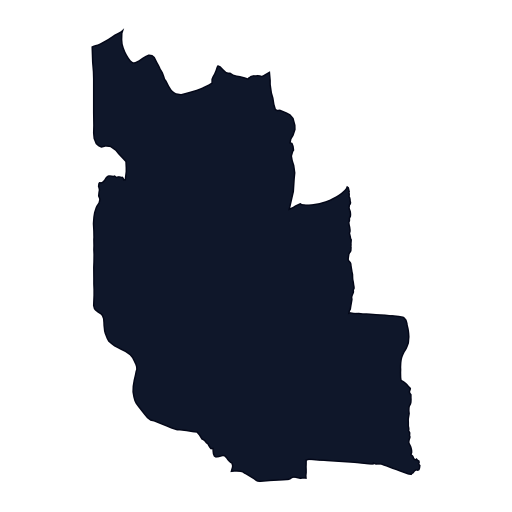 Banteay Meas, Kâmpôt, Cambodia (Robinson projection)
{"feature_id": "14789045B96186957930453", "entity_name": "Banteay Meas", "entity_type": "district", "adm_level": 2, "iso_a3": "KHM", "parent_name": "Cambodia", "parent_adm1": "Kâmpôt", "projection": "robinson", "projection_center": [104.619, 10.653], "detail": "fine", "context": "isolated", "style": "filled", "palette": "ink", "viewbox_px": 512, "rotation_deg": 0, "n_neighbors": 0, "source": "geoboundaries", "source_scale": "gbopen_adm2", "svg_char_len": 5984}
<svg xmlns="http://www.w3.org/2000/svg" viewBox="0 0 512 512"><path d="M122.6,30.7L121.4,31.8L118.3,33.5L114.9,35.2L111.9,37.3L107.7,40.0L103.2,42.5L100.3,44.1L98.1,45.1L95.7,45.7L93.8,46.3L92.2,47.0L92.7,62.0L93.5,71.8L93.7,79.0L93.7,112.7L93.9,125.7L93.7,132.9L94.2,138.4L96.3,143.6L98.7,145.7L101.4,147.0L105.6,145.9L110.5,146.4L115.9,150.2L118.7,153.7L126.0,161.5L126.3,167.8L126.3,171.7L125.3,179.8L123.7,179.9L123.2,178.5L122.4,177.4L121.4,177.5L120.0,177.1L118.8,176.9L117.6,177.1L116.6,177.5L115.8,177.1L114.6,176.1L113.4,176.5L109.9,176.0L108.3,176.1L107.0,177.0L106.0,178.1L104.7,180.3L103.7,181.3L102.9,182.1L102.1,182.7L101.0,182.9L99.5,182.8L98.9,183.9L98.8,185.0L98.6,186.3L99.0,187.6L99.4,189.3L99.4,190.6L99.1,192.1L98.7,195.9L99.7,198.4L99.9,199.7L99.1,203.0L96.9,206.3L96.2,207.9L94.7,212.6L94.0,216.9L93.6,221.9L93.5,223.7L93.9,231.0L94.0,237.2L93.9,239.6L94.0,245.7L93.9,249.7L94.1,254.6L94.0,262.0L93.8,267.6L93.9,278.1L93.9,283.9L94.1,289.6L94.1,295.4L93.7,305.5L94.5,308.6L95.5,309.9L98.1,312.0L101.0,313.8L102.5,315.5L103.7,318.7L104.0,322.5L104.1,325.3L104.7,330.9L105.3,333.2L107.3,338.3L108.8,341.1L111.6,343.5L114.6,345.8L118.3,347.7L120.9,349.1L125.6,351.4L130.3,354.7L132.7,357.6L134.2,360.6L136.0,364.4L136.7,366.7L136.9,369.4L136.2,371.5L135.5,375.1L134.3,380.2L133.3,386.2L133.1,391.9L134.0,397.0L135.0,400.6L136.3,403.3L139.1,407.1L144.6,414.1L147.5,417.6L150.8,420.1L154.2,420.8L158.6,422.6L162.3,424.1L166.8,425.9L171.5,427.9L177.1,429.7L179.7,429.7L186.5,430.5L193.0,431.6L197.0,432.0L199.5,434.9L202.0,439.0L203.4,439.6L205.0,440.9L206.4,442.7L208.2,444.1L208.7,445.3L209.8,447.1L211.0,448.6L213.0,448.5L213.2,451.4L213.5,453.8L214.4,456.0L215.9,456.9L218.5,456.6L222.5,455.5L224.4,455.6L225.2,456.3L226.7,457.8L228.0,459.7L229.2,461.0L230.6,462.3L232.0,463.1L232.7,465.8L232.5,467.4L231.7,470.2L231.4,471.3L234.1,471.0L237.0,471.0L240.2,471.2L242.6,471.7L244.6,473.1L246.1,473.8L254.3,478.8L256.3,480.4L257.6,481.0L259.9,481.3L270.7,480.4L282.4,479.8L288.3,479.4L290.0,478.8L291.4,477.8L292.9,477.1L295.2,477.1L296.4,477.4L300.5,478.3L302.2,478.0L304.8,478.0L306.0,478.1L305.8,475.6L306.1,472.7L306.1,469.8L306.0,466.7L306.1,464.1L306.1,461.7L306.2,460.0L308.8,459.3L311.9,459.4L319.4,460.1L323.4,460.2L327.1,460.5L353.6,462.2L358.1,462.6L361.4,463.0L364.7,463.3L367.2,463.6L370.7,463.9L373.1,463.9L373.3,463.0L375.9,464.0L378.2,463.9L380.7,463.9L382.0,464.2L383.9,465.0L386.5,465.8L392.5,468.2L396.5,469.5L399.8,470.8L408.3,473.9L411.2,474.3L411.9,473.4L413.1,472.7L414.0,471.4L414.9,470.5L416.4,469.8L417.7,470.2L418.8,469.7L419.3,468.6L419.6,467.3L419.8,465.5L419.2,464.9L418.6,463.8L419.1,462.5L418.9,461.1L417.5,460.3L416.5,459.1L415.9,459.7L414.8,459.6L413.6,458.5L413.2,457.2L412.5,456.0L411.5,455.2L410.9,454.4L411.6,452.6L411.6,450.9L411.4,449.5L410.9,447.5L410.5,446.4L409.8,445.0L408.8,443.0L408.8,441.2L409.3,439.1L409.8,437.7L409.9,436.8L409.5,435.6L409.7,432.9L408.5,430.5L408.8,429.2L408.6,427.5L408.3,426.1L408.3,422.5L408.2,419.9L408.3,418.4L409.1,413.6L408.8,410.7L408.9,407.9L409.2,406.2L410.4,404.0L410.8,402.5L410.9,401.5L411.0,399.2L410.9,398.0L410.9,394.7L410.2,393.8L409.5,392.6L409.4,391.5L410.1,389.6L410.3,388.4L408.3,386.4L407.0,384.8L406.0,383.8L404.3,382.4L402.8,381.4L401.1,380.5L400.8,379.2L400.6,377.4L400.5,372.5L400.6,369.5L400.5,367.1L400.7,362.8L401.1,359.6L401.6,357.5L402.2,355.8L402.9,354.2L404.1,351.7L405.3,349.9L406.2,348.3L407.0,346.4L407.6,344.8L408.2,343.2L408.4,341.8L408.6,339.0L408.8,336.9L408.6,333.6L408.3,330.9L407.9,328.5L407.0,324.8L406.9,323.6L406.3,321.4L405.8,320.0L403.9,317.8L403.1,317.3L402.1,317.1L398.7,316.5L392.2,315.8L389.9,315.8L384.7,315.2L376.7,314.8L369.4,314.2L366.2,314.0L362.7,314.0L358.8,313.5L355.6,313.6L353.6,313.5L350.1,312.9L348.8,313.3L349.0,312.1L349.4,310.8L350.3,309.1L350.7,306.4L351.7,300.7L351.9,299.3L351.6,297.4L351.9,295.9L352.6,294.1L353.3,292.5L353.4,291.4L353.2,290.0L354.0,288.4L354.0,287.1L353.6,284.9L353.3,282.5L352.7,279.4L352.6,278.0L352.5,274.5L351.9,271.7L351.6,269.7L351.3,268.0L350.9,265.3L350.8,264.0L350.3,262.7L348.5,260.6L348.1,259.3L348.4,257.0L348.8,254.2L349.5,252.7L350.3,251.8L350.8,250.7L351.0,247.5L350.8,246.3L351.0,245.0L350.9,243.7L351.2,239.8L350.6,238.7L350.4,237.7L350.2,236.5L349.4,233.2L349.9,231.7L350.0,230.1L349.6,227.1L349.2,225.5L348.9,223.6L348.8,222.2L349.4,220.8L349.4,219.6L349.4,218.1L350.3,216.5L350.5,214.9L350.4,213.0L350.2,211.6L349.8,210.4L349.3,209.2L349.0,207.7L349.4,204.9L350.3,203.8L350.5,202.5L350.1,201.1L350.0,199.4L349.7,197.9L349.0,196.5L349.2,194.7L349.1,193.4L348.9,192.4L349.2,191.5L348.9,190.5L348.6,189.1L348.3,187.8L347.2,187.0L346.5,188.7L345.0,190.5L341.9,193.3L339.3,195.2L336.4,197.0L332.5,199.0L330.1,200.3L325.9,201.9L319.4,203.8L312.5,204.9L309.1,205.2L305.5,205.2L304.4,205.0L302.8,204.9L301.6,204.7L300.3,203.8L295.4,206.1L293.3,207.5L289.2,209.3L293.3,191.5L294.1,178.9L294.7,172.9L293.7,165.6L292.1,160.5L291.3,156.0L292.6,151.5L293.5,150.1L293.0,146.3L291.9,143.5L290.0,142.8L290.8,138.9L293.0,135.2L294.9,129.5L294.8,125.3L293.0,118.5L289.9,114.9L286.3,113.0L279.8,110.3L277.2,110.6L275.3,109.5L273.8,104.4L272.8,98.1L271.3,92.9L270.1,84.4L270.1,80.5L269.4,72.4L264.9,75.0L264.0,75.6L261.8,76.6L259.9,76.0L257.4,75.7L256.1,76.0L253.5,75.9L250.9,76.6L250.1,77.3L248.8,78.0L247.8,79.2L246.8,78.7L244.4,77.9L239.7,76.7L236.4,76.2L233.0,75.2L230.1,73.3L228.2,73.3L225.9,72.6L222.9,69.8L220.1,66.9L218.0,66.0L217.3,67.1L216.2,70.5L214.7,74.1L213.2,76.7L212.1,79.3L212.1,83.1L211.3,83.6L209.1,85.0L201.1,88.8L196.6,90.5L190.4,92.3L185.7,93.6L181.1,94.8L175.7,93.9L173.9,92.8L172.1,91.4L170.8,90.0L168.4,86.1L166.4,82.1L165.4,80.3L164.7,79.7L164.4,78.9L163.5,76.1L162.3,72.9L161.1,70.8L160.1,69.3L159.3,67.4L158.3,65.4L156.7,62.5L154.2,57.5L152.0,55.7L148.8,55.2L145.9,56.5L142.7,58.4L139.2,60.9L135.5,62.7L133.6,63.1L132.2,62.6L130.2,61.0L128.2,58.3L126.3,55.2L124.7,52.1L123.1,48.0L122.0,44.2L121.6,39.6L121.8,33.2L122.6,30.7Z" fill="#0f172a" stroke="#020617" stroke-width="1.5"/></svg>